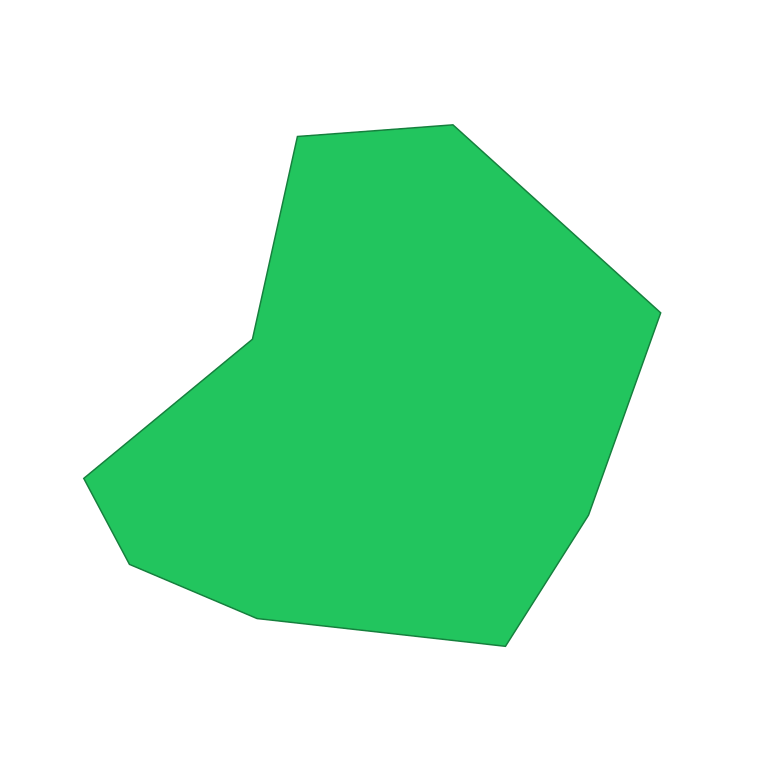 map outline of Lija (Mercator projection), rotated 293°
{"feature_id": "MLT-5929", "entity_name": "Lija", "entity_type": "state/province", "adm_level": 1, "iso_a3": "MLT", "parent_name": "Malta", "parent_adm1": "", "projection": "mercator", "projection_center": [14.439, 35.9], "detail": "fine", "context": "isolated", "style": "filled", "palette": "green", "viewbox_px": 768, "rotation_deg": 293, "n_neighbors": 0, "source": "natural_earth", "source_scale": "10m", "svg_char_len": 291}
<svg xmlns="http://www.w3.org/2000/svg" viewBox="0 0 768 768"><g transform="rotate(293 384 384)"><path d="M190.0,598.3L118.5,358.8L118.5,220.2L179.8,144.5L373.8,245.4L578.0,207.6L649.5,346.2L557.6,610.9L343.2,623.5L190.0,598.3Z" fill="#22c55e" stroke="#15803d" stroke-width="1.5"/></g></svg>